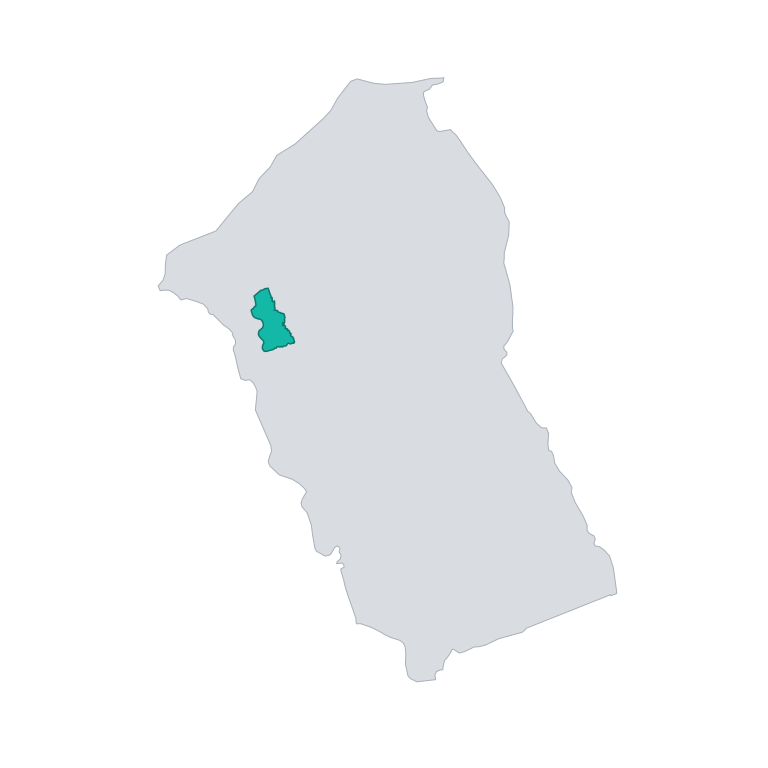 Kwahu Afram Plains North, Eastern, Ghana shown in context, rotated 159°
{"feature_id": "2480657B6837938265733", "entity_name": "Kwahu Afram Plains North", "entity_type": "district", "adm_level": 2, "iso_a3": "GHA", "parent_name": "Ghana", "parent_adm1": "Eastern", "projection": "natural_earth1", "projection_center": [-0.105, 6.867], "detail": "fine", "context": "in_parent", "style": "filled", "palette": "teal", "viewbox_px": 768, "rotation_deg": 159, "n_neighbors": 0, "source": "geoboundaries", "source_scale": "gbopen_adm2", "svg_char_len": 6896}
<svg xmlns="http://www.w3.org/2000/svg" viewBox="0 0 768 768"><g transform="rotate(159 384 384)"><path d="M460.1,94.2L465.1,99.7L466.2,102.9L464.4,114.8L460.7,123.2L458.4,131.0L458.7,134.9L460.9,138.8L468.6,145.0L472.5,149.0L477.2,155.0L482.6,160.9L491.7,168.6L495.6,170.0L495.4,172.1L494.2,175.1L493.3,203.8L492.6,211.2L491.9,214.9L491.1,225.6L490.1,227.1L488.4,227.0L486.8,227.4L486.4,229.6L487.1,231.7L492.6,233.3L491.4,234.9L487.3,236.4L485.4,239.6L486.2,243.3L484.0,246.2L484.6,248.2L486.1,249.7L488.4,249.1L494.8,244.2L497.5,243.7L500.9,244.7L507.1,252.2L507.3,255.9L504.8,268.5L502.4,278.3L501.9,291.2L504.5,298.5L504.2,302.5L501.4,306.0L495.0,311.0L495.5,314.4L498.4,320.8L503.8,327.9L514.3,336.7L519.8,348.2L520.0,352.9L516.7,357.5L512.9,361.6L511.7,367.4L513.4,405.8L505.1,422.5L505.0,427.3L505.9,432.8L508.1,436.2L512.3,437.1L515.8,440.3L514.6,452.0L512.8,463.9L512.5,469.7L511.4,472.4L508.2,474.7L507.0,478.4L507.8,483.1L507.2,486.5L508.9,491.0L512.7,496.5L518.8,510.3L521.2,511.4L522.2,514.3L521.6,517.1L523.9,523.2L530.7,529.2L537.8,534.6L543.6,535.3L545.0,540.1L548.8,546.1L551.5,548.8L555.9,550.5L559.5,551.4L559.7,556.5L553.2,560.0L548.8,565.3L545.5,573.4L540.8,582.2L524.9,586.8L518.8,586.9L486.1,587.1L455.5,604.5L437.8,610.7L427.0,620.5L412.4,627.4L402.2,635.9L381.1,639.9L346.4,653.2L335.5,658.5L324.5,667.7L306.7,678.5L299.6,678.4L285.7,668.3L275.2,663.2L249.5,655.4L230.3,652.4L221.0,649.1L218.4,648.5L220.6,644.9L226.0,644.7L231.6,645.8L235.8,643.0L242.1,642.6L243.7,639.7L244.3,632.4L244.2,626.5L246.4,623.9L247.0,616.9L243.9,601.5L241.7,599.8L230.5,597.6L229.7,594.5L227.7,591.3L225.6,583.4L223.1,571.5L219.2,556.9L211.7,532.7L209.9,524.2L208.6,515.5L208.3,505.1L209.9,501.3L209.7,495.9L209.0,490.5L214.3,478.2L224.8,463.2L226.9,457.8L228.9,454.0L229.2,448.6L231.0,431.0L236.0,409.8L239.2,401.8L241.3,397.5L243.9,390.4L244.5,387.1L254.1,378.8L258.5,376.6L259.5,373.3L258.0,369.7L258.7,367.3L261.0,366.1L264.5,365.1L267.1,361.7L263.1,335.5L259.8,309.4L259.7,307.2L257.7,303.6L255.8,292.9L252.6,286.6L248.1,284.7L248.1,278.8L252.7,268.8L253.9,262.9L251.7,261.1L251.4,256.5L253.0,249.1L252.2,244.6L251.4,239.7L246.7,228.3L245.6,220.2L248.0,215.5L248.0,205.2L245.4,189.2L245.0,179.1L246.8,174.9L246.0,170.9L242.5,167.2L242.3,163.5L245.2,159.9L244.9,157.1L241.2,155.0L238.0,150.1L235.1,142.4L235.8,129.9L241.2,106.9L241.9,105.0L248.1,105.1L248.1,106.1L267.3,105.9L289.2,105.6L315.3,105.3L339.1,105.0L340.2,104.0L344.1,102.7L368.1,105.1L383.1,103.9L389.5,104.7L394.2,106.2L404.5,105.3L410.1,105.8L414.2,111.6L415.9,111.5L418.3,109.1L422.4,106.3L426.6,104.1L429.7,99.6L431.5,96.2L434.2,96.9L438.2,96.7L440.8,93.9L441.8,89.5L460.1,94.2Z" fill="#d9dde1" stroke="#a8b0b8" stroke-width="1"/><path d="M473.8,512.6L473.9,511.3L474.3,508.1L474.8,505.5L475.3,503.5L475.8,503.0L476.8,502.7L478.3,501.9L478.9,501.3L479.6,501.3L481.3,500.7L481.7,500.1L482.0,495.1L481.4,493.2L480.8,492.2L479.0,490.6L478.1,489.7L477.0,489.5L476.1,488.5L475.3,487.2L475.0,484.7L475.2,483.0L476.2,481.1L477.2,480.0L479.1,479.3L481.0,478.7L481.8,478.1L482.6,477.1L483.5,475.2L483.4,473.3L483.0,472.1L482.3,470.1L481.3,468.1L481.1,466.6L481.6,465.4L482.6,464.2L483.3,463.7L483.8,463.0L484.3,462.0L484.7,461.1L484.8,460.2L484.7,459.2L484.1,457.5L482.6,456.8L480.0,456.3L479.5,456.4L478.4,456.3L476.3,456.0L475.3,455.9L474.2,456.0L473.3,456.5L472.6,456.3L471.9,456.1L470.8,456.9L469.5,457.0L468.7,456.2L468.4,456.2L467.8,455.8L467.2,456.0L466.4,455.7L465.9,455.0L465.2,455.2L464.4,455.1L463.3,455.2L462.4,454.9L461.3,454.8L460.6,455.5L459.6,456.1L458.8,456.3L458.3,456.1L457.8,455.8L457.4,455.2L457.0,454.9L456.2,454.9L455.4,455.0L455.1,454.9L454.8,454.9L454.3,454.9L454.2,454.9L454.1,454.7L453.9,454.5L453.7,454.4L453.6,454.5L453.4,454.7L453.3,454.9L453.0,455.0L452.9,454.9L452.7,455.0L452.5,455.3L452.4,455.6L452.4,455.8L452.4,456.0L452.4,456.3L452.4,456.5L452.4,456.8L452.4,457.0L452.5,457.0L452.5,457.3L452.5,457.5L452.4,457.8L452.3,458.0L452.2,458.2L452.1,458.3L452.1,458.5L452.2,458.9L452.2,459.2L452.1,459.4L452.1,459.6L452.2,459.8L452.2,460.1L452.3,460.3L452.4,460.5L452.5,460.8L452.8,461.2L452.9,461.4L453.1,461.6L453.4,461.7L453.4,461.8L453.5,462.0L453.7,462.3L453.7,462.6L453.6,462.8L453.7,463.0L453.8,463.0L453.7,463.0L453.8,463.0L453.8,463.3L453.7,463.3L453.5,463.5L453.4,463.5L453.5,463.5L453.4,463.5L453.3,463.8L453.1,464.0L453.2,464.3L453.1,464.5L453.3,464.8L453.2,464.8L453.3,464.9L453.2,465.0L453.3,465.1L453.3,465.3L453.5,465.7L453.5,465.9L453.6,466.1L453.5,466.3L453.5,466.5L453.4,466.9L453.4,467.2L453.4,467.3L453.6,467.9L453.8,468.1L454.4,468.2L454.7,468.3L454.9,468.6L454.9,469.0L454.3,469.5L454.5,470.0L454.7,470.3L454.8,470.3L455.0,470.4L455.4,470.5L455.6,470.9L455.7,471.0L455.8,471.0L456.1,471.1L456.2,471.3L456.3,471.4L456.2,471.5L456.1,471.8L455.8,471.9L455.7,472.0L455.7,472.3L455.8,472.5L455.7,473.0L455.4,473.1L455.6,474.1L455.8,474.3L456.0,474.5L456.6,474.8L456.9,474.8L457.1,475.1L457.3,475.1L457.1,475.3L457.0,475.7L457.1,475.9L457.0,476.1L457.1,476.3L457.0,476.6L456.9,476.9L456.5,477.5L456.2,477.2L456.1,476.7L455.9,476.5L455.9,476.3L455.8,476.1L455.7,476.2L455.5,476.3L455.4,476.5L455.2,476.8L454.8,477.1L454.8,477.3L454.7,477.4L454.7,477.5L454.2,478.0L454.1,478.3L454.1,478.5L454.1,478.9L454.1,479.0L454.0,479.3L453.9,479.4L453.9,479.5L453.7,479.9L453.6,480.0L453.6,480.3L453.5,480.5L453.4,480.7L453.4,480.9L453.3,481.0L453.2,481.1L453.0,481.3L452.9,481.3L452.7,481.4L452.6,481.5L452.6,481.9L452.6,482.0L452.6,482.3L452.6,482.5L452.5,482.8L452.4,483.0L452.4,483.3L452.3,483.5L452.3,483.9L452.3,484.0L452.3,484.3L452.3,484.5L452.4,484.8L452.4,485.0L452.4,485.4L452.6,485.4L452.6,485.5L452.8,485.6L453.0,485.7L453.0,485.8L453.1,486.0L453.3,486.0L453.6,486.2L453.7,486.4L453.8,486.4L453.8,486.5L454.0,486.7L454.3,486.7L454.4,486.8L454.5,486.8L454.8,486.9L454.8,487.0L455.0,487.3L455.0,487.5L455.2,487.9L455.6,488.1L455.9,488.2L456.2,488.5L456.6,488.8L456.9,489.2L457.4,489.9L457.4,490.3L457.1,490.7L457.3,490.8L458.2,491.3L458.8,491.5L459.7,492.2L459.9,492.4L459.2,492.8L458.8,493.2L458.6,493.7L458.5,494.5L458.4,495.1L458.4,495.3L458.5,495.4L458.3,495.6L458.3,495.9L458.2,496.2L458.1,496.4L458.0,496.7L458.0,496.9L457.8,497.1L457.9,497.3L457.9,497.5L457.7,497.7L457.6,497.8L457.4,498.0L457.2,498.4L457.2,498.6L457.1,498.8L457.1,499.0L456.9,499.2L456.9,499.9L456.8,500.0L456.6,500.6L457.0,500.5L457.4,500.4L458.1,500.5L458.3,500.6L458.5,500.8L458.7,501.3L458.6,501.9L458.4,502.3L458.2,502.2L458.1,502.5L457.9,502.9L457.9,503.0L457.8,503.3L457.8,503.5L458.0,503.6L458.1,503.8L458.3,504.0L458.3,504.3L458.2,504.4L458.2,504.5L458.0,504.8L457.9,504.9L457.8,505.0L457.7,505.0L457.8,505.2L458.1,505.3L458.2,505.5L458.4,505.7L458.4,505.9L458.3,506.0L458.2,506.3L458.0,506.9L458.0,507.4L458.1,508.0L458.1,509.0L458.0,511.4L457.9,512.7L457.9,514.9L459.5,515.2L460.7,515.7L464.0,515.2L465.7,515.4L465.7,515.5L473.8,512.6Z" fill="#14b8a6" stroke="#0f766e" stroke-width="1.5"/></g></svg>